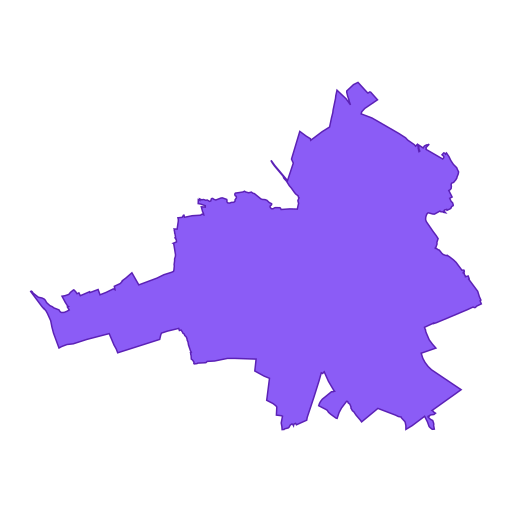 Dangeni, Botosani, Romania
{"feature_id": "2599482B5486255485397", "entity_name": "Dangeni", "entity_type": "district", "adm_level": 2, "iso_a3": "ROU", "parent_name": "Romania", "parent_adm1": "Botosani", "projection": "mercator", "projection_center": [26.905, 47.853], "detail": "fine", "context": "isolated", "style": "filled", "palette": "violet", "viewbox_px": 512, "rotation_deg": 0, "n_neighbors": 0, "source": "geoboundaries", "source_scale": "gbopen_adm2", "svg_char_len": 6056}
<svg xmlns="http://www.w3.org/2000/svg" viewBox="0 0 512 512"><path d="M339.1,412.5L341.5,408.0L346.6,401.3L347.4,401.4L347.7,401.6L348.2,402.9L349.8,404.1L351.0,407.0L350.9,408.0L352.4,410.7L353.9,411.9L356.1,415.2L360.4,420.2L361.6,421.9L377.9,408.4L395.7,415.2L398.3,416.5L401.1,417.0L401.4,417.8L404.7,421.4L405.2,422.3L405.9,425.7L405.9,429.4L412.2,425.6L424.6,416.3L427.4,421.8L429.1,426.5L429.9,427.4L431.9,429.1L432.7,429.3L434.3,429.1L433.6,425.2L433.8,424.3L433.6,423.1L432.7,420.5L430.4,419.3L428.0,416.9L428.3,416.1L429.4,416.1L429.9,415.3L430.8,414.9L433.9,414.5L435.5,413.2L433.8,412.1L432.9,411.0L432.0,410.5L461.1,389.7L431.4,369.7L428.1,366.5L425.0,362.4L422.8,358.3L421.2,353.2L435.9,348.1L432.3,344.0L429.2,339.8L426.3,333.0L425.7,331.4L425.5,329.7L424.9,328.7L424.5,327.3L433.5,323.1L433.5,323.6L436.4,322.7L467.3,309.7L472.7,307.2L473.1,307.1L474.4,307.6L475.3,307.5L476.9,306.0L481.3,303.9L480.1,300.8L480.9,300.1L479.4,296.8L477.7,291.3L468.7,279.2L469.2,278.9L468.2,276.0L465.4,276.7L465.3,275.9L464.4,274.6L464.2,273.3L463.2,272.9L463.3,272.3L464.3,271.8L464.1,270.3L463.5,270.1L461.9,270.2L456.1,262.4L453.5,259.9L449.9,257.1L447.2,255.3L447.0,255.6L445.5,255.4L443.2,254.5L441.8,253.3L439.3,250.1L438.1,249.7L436.3,248.4L435.3,248.4L435.2,248.0L435.9,247.2L437.0,244.1L436.9,242.3L438.1,238.6L436.1,235.5L433.1,231.5L426.5,221.9L425.8,220.3L425.6,219.2L425.8,216.9L426.7,214.3L427.8,213.0L428.4,212.8L432.7,214.0L434.5,214.1L439.9,211.1L440.9,211.8L442.8,211.8L443.4,212.3L445.5,212.7L444.0,211.0L444.5,210.0L446.7,209.4L447.0,210.3L449.8,209.0L450.8,208.4L451.7,206.5L453.2,205.6L453.2,204.8L452.6,202.8L451.1,201.3L449.7,198.3L452.1,197.0L448.8,190.5L449.9,189.9L451.1,188.6L451.4,186.3L451.1,184.9L451.4,183.6L451.8,183.1L453.6,182.4L455.8,179.8L456.9,177.9L457.0,177.0L458.2,174.1L458.6,171.9L457.4,169.5L456.7,167.7L453.4,164.4L452.1,162.5L450.7,160.3L449.0,156.7L446.5,153.0L445.6,154.2L444.8,153.2L443.7,152.9L442.0,154.8L443.5,156.1L443.9,157.0L443.7,157.8L442.7,159.0L426.1,149.4L426.2,148.6L426.0,147.6L429.2,144.2L427.5,144.9L426.5,144.9L424.4,146.0L423.1,147.9L418.2,144.7L418.7,146.4L418.9,148.8L419.8,151.1L419.0,151.7L418.6,150.6L418.9,149.9L418.2,148.8L418.3,147.6L418.0,146.6L418.2,145.9L417.7,144.8L417.1,144.6L415.6,146.2L414.2,144.6L407.6,140.0L405.6,137.8L398.9,133.5L372.0,118.0L361.2,113.9L361.7,111.8L364.8,108.4L377.5,99.8L370.7,92.2L369.8,91.9L368.1,93.0L367.7,93.0L358.0,82.4L353.5,84.6L346.8,90.9L346.7,92.1L347.6,96.0L348.8,99.4L349.2,101.4L350.5,104.9L346.1,98.8L337.0,90.2L335.8,95.7L335.5,98.5L333.1,110.0L332.8,112.7L331.5,117.8L329.6,127.0L322.1,131.7L310.7,140.3L310.4,138.7L306.3,136.2L299.8,131.4L291.5,159.1L293.3,163.1L287.5,180.6L274.7,165.4L271.5,160.9L270.9,160.5L272.6,163.4L274.5,166.0L283.0,176.1L283.9,178.3L286.5,181.2L289.3,185.7L291.2,187.9L294.4,192.4L295.6,193.9L298.2,195.9L298.3,196.9L299.0,197.8L297.9,200.5L298.1,201.8L298.6,203.2L297.3,209.1L289.7,208.9L281.1,209.5L280.5,208.2L279.9,207.7L275.4,207.6L274.4,207.9L273.0,208.8L271.4,208.7L270.2,207.4L270.0,206.2L271.6,204.7L271.6,203.7L269.2,202.5L266.9,200.3L265.0,199.6L262.1,199.4L260.9,198.9L254.4,193.6L252.8,193.2L251.4,192.1L248.6,192.8L245.5,191.9L244.5,191.2L242.9,192.0L235.4,193.1L234.8,194.0L234.9,195.0L235.2,195.7L236.2,196.3L236.4,197.3L236.3,198.0L235.1,199.7L235.0,201.1L234.7,201.6L233.7,202.3L231.3,202.4L229.7,203.1L227.8,202.9L227.2,202.3L226.8,201.2L227.0,200.2L226.7,199.4L222.5,197.9L221.0,198.0L215.8,200.0L213.8,199.3L212.8,198.5L212.1,198.4L211.3,198.9L210.8,200.9L209.6,201.4L207.2,200.0L205.8,200.3L203.6,199.5L201.6,199.8L199.6,198.9L199.8,200.3L198.3,199.6L198.2,203.6L200.5,204.0L205.3,205.7L205.3,207.1L201.3,206.8L202.6,211.7L203.4,213.2L203.7,214.8L202.3,214.1L201.4,214.5L200.6,215.2L192.3,215.7L184.4,217.3L184.1,215.5L183.9,215.1L183.4,215.3L182.4,217.1L181.7,217.4L177.9,217.8L178.3,219.3L178.3,221.1L177.1,229.1L174.2,229.0L174.4,229.4L174.2,230.0L174.7,232.5L174.6,233.0L175.0,233.9L175.4,236.2L175.5,237.5L175.0,237.8L175.8,239.1L176.0,239.0L176.3,239.8L176.5,241.9L173.2,243.3L173.6,243.5L173.9,244.7L175.5,254.7L175.4,256.4L174.6,258.9L174.6,260.9L174.1,264.6L174.3,266.0L173.9,270.1L173.5,271.4L171.5,272.3L163.9,274.7L157.0,278.1L138.8,284.9L131.9,272.8L125.8,278.1L122.3,280.7L122.1,281.0L122.3,281.2L120.3,283.5L114.3,286.3L115.0,289.7L113.3,288.9L106.1,292.4L100.0,294.8L98.1,289.5L89.9,292.6L89.6,291.7L80.3,295.7L78.9,292.9L77.0,293.7L75.7,291.7L73.9,289.9L73.5,289.9L70.5,292.3L68.8,294.4L65.0,295.7L62.0,296.2L65.2,302.2L67.6,306.0L68.4,306.5L67.4,307.0L69.2,309.9L67.1,311.2L64.2,312.4L61.7,312.5L60.7,312.2L59.8,311.3L59.0,309.9L53.9,307.9L52.3,306.7L49.9,305.6L46.6,302.6L45.2,300.1L44.1,299.0L42.0,298.0L38.3,297.2L33.1,293.1L32.1,291.6L31.2,291.1L30.7,291.5L41.8,306.4L43.8,308.7L44.0,308.5L46.0,310.9L47.4,313.4L50.7,320.7L51.9,326.9L53.5,333.1L59.0,348.0L61.5,346.6L67.0,344.5L73.3,343.8L86.9,339.4L109.2,333.6L114.0,345.0L116.3,349.1L117.7,352.8L159.7,339.4L160.8,334.7L161.5,333.1L167.5,331.1L178.7,328.4L179.4,330.5L181.0,330.0L182.5,332.1L182.7,332.9L184.3,334.2L184.8,335.6L185.6,336.2L186.4,337.2L187.1,339.1L187.1,339.9L188.0,342.0L188.5,345.0L189.7,348.5L190.5,350.9L191.3,352.2L190.5,352.7L190.7,353.0L190.7,354.2L191.1,355.7L191.3,359.1L192.4,359.9L193.8,361.8L194.0,362.7L193.8,363.2L194.0,363.7L194.3,363.9L197.0,363.6L197.9,363.1L205.7,362.7L206.1,362.5L207.2,361.4L214.6,361.0L227.4,358.4L235.1,358.4L256.1,359.1L254.8,371.0L264.1,376.1L269.5,378.3L266.7,400.3L273.1,403.6L275.9,405.8L276.8,407.0L276.4,415.1L281.3,415.7L282.5,416.2L281.2,423.0L281.9,426.7L282.1,429.6L284.0,429.5L284.5,428.9L288.3,427.9L289.0,427.3L290.3,425.0L291.9,424.0L292.6,424.2L293.5,425.7L293.6,425.0L294.2,423.9L295.6,423.4L296.4,424.8L306.7,420.2L307.2,417.4L313.7,397.8L318.9,381.3L321.3,372.8L322.6,373.5L324.2,371.8L328.5,381.4L333.6,390.0L334.6,391.2L333.1,391.7L331.5,391.7L322.3,399.2L320.6,401.4L319.5,403.4L318.7,405.7L326.2,409.6L327.3,410.4L328.5,412.3L330.9,414.4L336.0,418.1L337.1,418.4L339.1,412.5Z" fill="#8b5cf6" stroke="#5b21b6" stroke-width="1.5"/></svg>